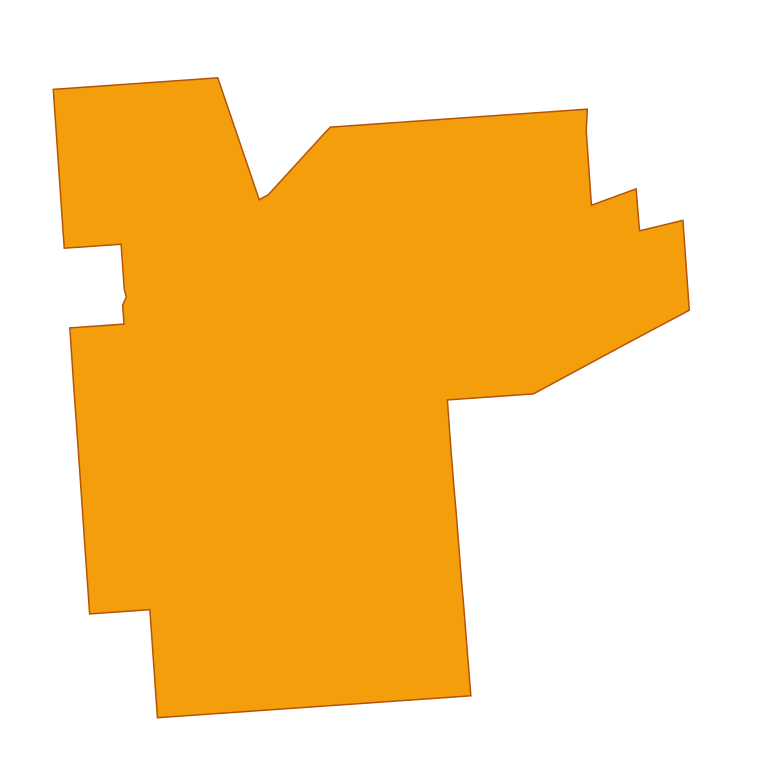 Alice Springs, Northern Territory, Australia (Albers equal-area conic projection), rotated 176°
{"feature_id": "25037944B49978280072491", "entity_name": "Alice Springs", "entity_type": "district", "adm_level": 2, "iso_a3": "AUS", "parent_name": "Australia", "parent_adm1": "Northern Territory", "projection": "albers", "projection_center": [133.854, -23.731], "detail": "fine", "context": "isolated", "style": "filled", "palette": "amber", "viewbox_px": 768, "rotation_deg": 176, "n_neighbors": 0, "source": "geoboundaries", "source_scale": "gbopen_adm2", "svg_char_len": 1140}
<svg xmlns="http://www.w3.org/2000/svg" viewBox="0 0 768 768"><g transform="rotate(176 384 384)"><path d="M321.3,272.4L321.4,273.7L321.8,315.8L321.9,363.7L251.3,363.7L235.7,363.7L150.7,402.2L141.4,406.4L134.4,409.5L126.6,413.0L124.8,413.8L74.3,436.3L74.4,526.4L118.4,519.0L118.6,535.6L118.9,561.1L164.6,547.9L164.6,578.8L164.6,617.1L164.6,622.4L162.0,644.0L250.8,644.0L297.2,644.0L359.8,644.0L418.6,644.0L419.4,644.1L424.6,639.5L486.2,580.9L492.8,577.9L495.7,576.5L495.8,577.2L506.8,619.0L513.4,644.0L528.5,701.1L538.8,701.0L540.0,701.0L575.5,701.0L623.9,701.0L693.4,701.0L693.4,674.8L693.5,575.7L693.5,541.8L683.2,541.8L680.1,541.7L636.5,541.8L636.5,523.6L636.5,496.6L636.1,494.4L635.6,492.1L635.0,488.6L639.2,481.1L639.2,461.9L693.5,461.9L693.6,432.7L693.6,419.3L693.7,405.7L693.7,393.9L693.6,361.6L693.6,320.0L693.7,239.1L693.7,175.2L633.3,175.2L633.3,66.9L597.0,66.9L529.5,66.9L512.6,66.9L504.3,66.9L486.2,66.9L484.7,66.9L482.7,66.9L482.4,66.9L478.9,66.9L477.2,66.9L411.7,66.9L319.1,66.9L319.5,105.0L320.0,160.0L320.3,175.2L321.0,253.2L321.3,268.9L321.3,271.3L321.3,272.4Z" fill="#f59e0b" stroke="#b45309" stroke-width="1.5"/></g></svg>